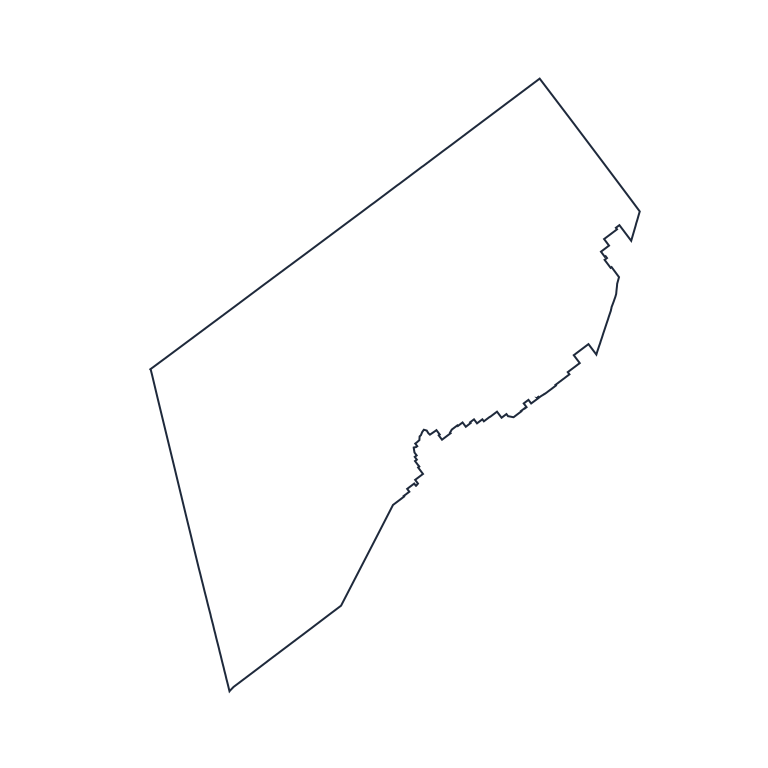 Yilgarn, Western Australia, Australia (Robinson projection), rotated 233°
{"feature_id": "25037944B56581938984526", "entity_name": "Yilgarn", "entity_type": "district", "adm_level": 2, "iso_a3": "AUS", "parent_name": "Australia", "parent_adm1": "Western Australia", "projection": "robinson", "projection_center": [119.083, -30.908], "detail": "fine", "context": "isolated", "style": "outline", "palette": "slate", "viewbox_px": 768, "rotation_deg": 233, "n_neighbors": 0, "source": "geoboundaries", "source_scale": "gbopen_adm2", "svg_char_len": 3924}
<svg xmlns="http://www.w3.org/2000/svg" viewBox="0 0 768 768"><g transform="rotate(233 384 384)"><path d="M536.4,206.2L535.5,206.2L534.8,205.9L534.1,205.6L530.3,204.0L509.0,194.7L440.7,165.2L435.9,163.1L417.9,155.3L416.7,154.8L414.2,153.7L392.5,144.3L379.2,138.6L368.0,133.7L348.3,125.2L345.4,124.0L342.5,122.8L336.7,120.3L333.8,119.1L331.9,118.3L326.1,115.8L323.2,114.6L320.3,113.4L314.5,110.9L309.7,108.9L305.8,107.3L304.8,106.9L303.9,106.5L302.0,105.6L300.0,104.8L298.1,104.0L294.2,102.4L290.4,100.7L288.5,99.9L287.5,99.5L286.5,99.1L281.7,97.0L280.7,96.6L279.8,96.2L275.9,94.6L272.1,93.0L269.2,91.7L265.3,90.1L260.5,88.0L256.7,86.4L253.8,85.2L250.9,83.9L247.0,82.3L243.2,80.6L241.2,79.8L237.4,78.2L233.5,76.5L231.6,75.7L231.8,76.5L232.6,81.5L232.6,102.3L232.6,111.6L232.7,128.2L232.7,143.7L232.7,154.1L232.7,164.4L232.7,174.8L232.8,202.4L232.8,216.3L262.8,278.7L269.9,293.4L282.0,318.4L282.0,330.6L282.0,332.3L282.7,332.3L282.7,339.4L286.3,339.4L286.3,342.2L286.3,348.2L283.5,348.2L283.4,348.3L284.0,351.2L288.7,351.2L288.7,354.5L288.7,357.0L288.7,360.9L288.7,361.0L296.8,361.0L296.8,362.5L297.7,362.5L297.7,362.4L303.8,362.4L303.8,364.7L307.3,364.7L307.3,367.1L310.9,367.1L315.3,369.4L315.4,369.5L314.3,371.7L314.3,373.1L317.6,373.1L317.6,374.9L317.9,378.5L320.7,380.9L320.9,382.7L322.6,385.5L323.5,388.3L321.1,390.1L318.0,389.8L315.9,390.2L315.6,396.6L315.6,398.1L314.6,398.1L310.1,398.1L310.1,396.8L304.6,396.8L304.6,407.5L305.4,407.4L306.8,410.7L306.8,413.4L306.8,417.7L306.0,417.7L306.0,419.8L306.0,423.6L303.8,423.6L300.6,423.6L300.7,429.7L301.6,429.7L301.6,434.6L296.6,434.6L296.6,441.3L294.1,441.3L294.1,448.7L293.9,449.0L293.9,451.2L293.9,457.6L287.7,457.6L286.3,457.6L286.3,462.0L286.3,463.7L283.6,463.7L282.9,464.4L280.9,466.2L280.2,466.8L279.5,467.5L279.5,469.5L279.5,471.6L279.5,472.8L279.5,477.2L280.0,477.2L280.0,481.7L279.7,481.7L279.7,481.8L279.7,483.9L284.4,483.9L284.4,487.4L284.4,489.8L279.9,489.8L279.8,498.3L280.2,498.2L280.1,498.3L280.1,498.5L280.3,498.6L280.5,498.7L280.8,498.7L280.9,499.1L280.9,499.6L279.9,499.7L279.8,502.5L279.4,506.1L279.5,506.1L279.3,507.5L279.3,520.4L280.1,520.4L280.1,520.5L280.1,537.9L281.0,537.9L282.2,537.9L282.9,537.9L282.9,539.0L282.9,552.9L286.5,552.9L292.8,552.9L292.8,562.2L292.8,566.9L292.8,571.3L291.1,571.3L286.4,571.3L279.7,571.3L281.6,573.9L281.8,574.2L282.4,575.1L284.7,578.4L285.7,579.9L286.2,580.7L287.8,582.9L289.9,586.0L292.4,589.5L295.4,593.9L296.6,595.6L297.2,596.5L298.4,598.2L300.9,601.9L301.2,602.3L301.5,602.7L302.7,604.4L304.4,606.9L305.0,607.8L305.3,608.2L305.6,608.7L306.2,609.5L306.8,610.1L307.3,610.8L308.5,612.1L310.3,615.0L311.9,617.5L313.0,619.1L314.1,620.8L314.6,621.5L316.1,623.5L316.5,623.9L318.7,625.9L322.2,629.2L323.7,630.5L327.3,635.2L327.9,636.0L340.4,636.1L340.4,634.9L347.3,634.9L348.3,634.9L350.4,634.9L350.4,636.6L350.4,637.9L352.7,637.9L352.7,636.9L355.9,636.9L359.1,636.9L359.1,640.4L359.1,643.4L359.1,643.8L359.1,647.0L361.4,647.0L362.4,647.0L367.3,647.0L367.3,663.2L369.2,663.2L369.2,667.3L369.2,667.6L364.2,667.6L359.9,667.6L354.4,667.6L349.6,667.6L358.9,680.1L360.5,682.1L362.5,684.9L365.6,689.0L367.9,692.1L368.1,692.1L382.9,692.2L431.7,692.3L447.6,692.3L454.9,692.3L457.0,692.3L472.3,692.3L473.2,692.3L479.8,692.3L481.9,692.3L534.2,692.1L534.3,652.7L534.4,612.0L534.4,609.1L534.4,603.9L534.4,602.9L534.4,591.6L534.4,590.6L534.4,586.5L534.4,583.3L534.4,582.2L534.5,570.5L534.5,569.5L534.5,558.9L534.5,557.8L534.5,546.1L534.6,545.1L534.6,533.4L534.6,532.4L534.6,520.7L534.6,517.5L534.6,516.4L534.7,514.3L534.7,513.3L534.7,511.1L534.7,510.1L534.7,508.0L534.7,506.9L534.7,504.8L534.7,503.7L534.7,495.2L534.7,494.2L534.7,492.0L534.7,491.0L534.7,488.9L534.7,487.8L534.7,485.7L534.8,481.4L534.8,479.3L534.8,478.3L534.8,475.1L534.8,472.9L534.8,469.8L534.8,469.3L534.9,457.8L535.2,397.5L535.4,374.7L535.6,344.6L535.7,312.5L535.9,280.3L536.0,263.2L536.2,229.4L536.4,206.2Z" fill="none" stroke="#1e293b" stroke-width="2"/></g></svg>